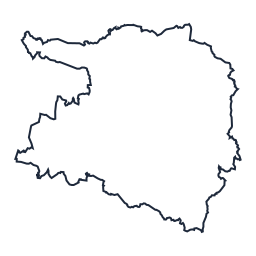 outline of Tlaltenango de Sánchez Román, Zacatecas, Mexico
{"feature_id": "50627088B31443203772787", "entity_name": "Tlaltenango de Sánchez Román", "entity_type": "district", "adm_level": 2, "iso_a3": "MEX", "parent_name": "Mexico", "parent_adm1": "Zacatecas", "projection": "robinson", "projection_center": [-103.236, 21.775], "detail": "fine", "context": "isolated", "style": "outline", "palette": "slate", "viewbox_px": 256, "rotation_deg": 0, "n_neighbors": 0, "source": "geoboundaries", "source_scale": "gbopen_adm2", "svg_char_len": 5684}
<svg xmlns="http://www.w3.org/2000/svg" viewBox="0 0 256 256"><path d="M21.8,40.1L23.8,43.7L26.0,46.1L25.9,47.1L27.8,49.7L28.0,52.0L28.6,52.0L29.0,53.0L30.3,53.2L31.8,56.5L32.7,56.8L33.0,58.6L34.6,57.0L35.1,55.4L37.3,53.0L37.2,52.3L39.9,52.4L39.2,54.5L39.6,56.0L41.9,58.2L44.3,58.3L45.5,56.5L47.5,57.5L48.3,58.6L50.3,59.9L55.1,60.7L56.0,61.8L58.0,62.3L59.8,62.0L77.1,68.7L79.6,68.7L81.9,67.5L84.4,67.6L86.6,68.4L87.1,69.1L87.1,70.3L88.2,72.0L88.3,74.5L89.8,76.1L89.3,78.7L90.1,79.3L90.1,81.7L90.8,85.0L87.8,85.1L87.7,87.5L89.1,88.0L89.7,90.5L89.6,92.0L88.6,94.4L87.2,93.4L84.1,94.1L83.2,93.6L79.4,94.6L78.4,95.5L77.8,98.5L78.8,98.8L78.7,99.7L78.2,100.4L78.7,103.0L78.4,104.4L74.5,102.6L73.7,98.7L73.2,98.0L72.8,98.7L72.8,100.7L70.7,103.5L69.4,103.9L68.8,103.0L67.3,105.1L65.7,105.5L64.9,103.6L66.3,101.3L66.1,100.5L62.3,99.5L60.3,96.5L57.8,96.4L57.4,100.2L56.3,102.1L56.0,103.8L55.2,111.5L55.3,118.8L53.8,119.3L50.4,118.2L46.1,114.8L44.8,115.0L40.3,113.8L40.1,117.1L39.4,118.9L38.9,122.0L31.4,125.5L31.0,126.6L28.9,137.4L31.5,143.6L32.7,148.1L31.4,147.3L29.5,148.7L27.7,148.2L25.2,152.1L23.4,151.7L24.4,150.1L20.3,152.8L19.4,152.5L19.1,151.2L18.2,150.5L15.4,158.9L16.7,158.9L16.7,161.6L21.0,161.9L26.6,163.6L28.8,163.7L30.6,162.8L33.5,165.0L36.4,165.8L37.7,166.6L39.3,171.1L38.9,172.5L38.4,172.9L38.6,173.9L38.1,173.5L38.1,174.2L37.0,174.7L37.0,175.5L38.3,175.7L38.6,176.3L37.6,177.3L37.7,177.9L40.1,178.2L41.4,176.1L43.9,175.2L46.8,172.2L48.1,169.6L48.5,170.8L48.5,173.9L50.2,176.7L51.6,178.0L57.3,174.1L58.2,173.0L59.4,172.7L60.3,173.0L60.9,171.9L63.5,172.1L63.7,173.8L65.4,176.0L66.5,180.5L69.5,184.4L71.7,185.0L73.7,185.0L78.6,182.5L78.3,181.8L79.5,179.2L80.8,179.3L80.8,179.8L86.5,180.6L86.5,178.2L87.4,175.6L86.1,174.6L85.9,173.7L87.0,172.9L88.0,174.3L89.2,174.4L89.1,175.8L91.1,176.0L93.1,175.6L97.7,178.4L100.7,179.8L102.2,179.9L104.1,181.2L103.5,182.1L102.9,185.2L103.9,185.7L103.1,186.7L103.4,191.0L105.7,191.9L106.1,192.5L106.5,192.2L108.6,194.2L110.7,194.7L111.0,193.9L114.4,195.0L117.6,194.2L124.7,202.9L126.7,204.0L127.3,204.8L127.2,205.4L128.4,206.9L130.4,207.5L131.8,206.8L133.1,207.3L134.3,206.2L136.7,205.8L137.5,206.7L139.1,207.0L139.8,206.5L140.4,204.2L142.3,204.3L143.7,203.4L145.2,203.6L146.5,204.8L148.4,205.1L155.3,209.8L156.4,209.8L159.0,211.2L160.2,212.4L160.4,213.8L161.8,215.3L162.7,217.2L164.1,218.6L164.2,219.4L165.8,219.6L166.3,219.3L166.9,218.1L169.7,217.5L171.0,218.3L171.5,220.2L173.5,219.8L174.1,220.9L174.9,221.0L176.9,220.1L178.1,220.1L178.2,219.6L179.5,218.6L180.7,220.3L180.0,223.3L181.5,224.0L182.9,223.0L183.7,224.2L184.7,227.8L184.2,230.1L185.2,230.7L187.2,231.4L190.3,229.7L192.4,229.4L194.1,229.9L194.3,228.5L196.6,228.1L201.0,230.2L201.8,231.9L202.8,231.5L202.7,229.2L203.4,226.8L203.4,223.0L206.0,216.7L206.5,213.8L208.0,212.5L207.2,210.9L207.6,209.3L207.3,206.8L207.7,206.1L206.8,204.6L206.4,201.6L208.9,198.7L209.3,197.5L210.9,196.8L211.9,195.3L214.6,195.4L214.9,194.3L216.4,193.8L216.1,193.3L216.5,192.8L218.4,192.3L219.9,191.1L224.4,185.2L224.6,180.7L225.3,180.5L223.2,178.2L222.3,178.0L221.0,178.8L220.4,177.7L219.0,177.0L218.4,175.7L218.5,174.1L220.1,172.1L218.7,167.9L219.0,166.4L220.0,167.8L220.5,167.5L221.0,169.3L222.8,169.4L225.3,171.3L227.5,171.6L228.8,170.8L229.6,170.9L231.0,168.5L231.5,168.3L234.9,169.3L235.1,166.9L233.3,164.1L233.8,162.9L234.2,157.7L235.1,156.8L235.5,158.6L236.5,158.4L237.6,159.3L239.0,159.1L239.8,160.1L240.6,159.7L239.5,156.1L237.1,152.9L237.7,152.0L237.2,151.5L239.1,149.0L238.2,147.8L237.4,147.5L237.2,146.7L238.0,145.7L237.8,145.1L236.0,143.4L235.9,142.9L236.6,142.1L236.0,141.3L236.0,140.3L235.5,139.9L234.3,140.1L233.3,138.6L232.5,138.5L232.0,136.6L229.7,138.0L230.0,136.5L227.6,133.8L229.1,132.4L228.8,131.6L229.5,129.9L231.6,127.5L232.0,126.1L231.6,117.2L230.6,114.8L231.4,110.4L230.7,107.3L230.9,103.9L231.6,101.4L231.3,100.2L230.5,99.2L231.2,97.7L230.7,96.8L231.9,95.4L233.3,95.2L235.6,91.2L237.8,89.1L236.8,88.8L235.9,87.2L234.8,86.6L235.3,85.4L234.5,84.4L234.5,83.0L234.2,83.0L234.1,82.0L234.6,81.4L234.0,80.0L233.6,79.8L232.9,80.2L232.0,78.9L229.3,78.0L228.2,75.9L228.7,75.2L229.9,74.9L230.4,72.7L231.4,71.5L233.5,70.4L232.3,68.9L230.5,68.4L230.3,64.6L229.3,63.0L225.4,62.4L220.6,58.8L217.5,58.3L214.8,56.8L214.3,55.9L214.4,54.7L212.6,53.2L212.5,52.2L211.7,51.5L210.8,47.9L211.0,46.4L207.2,44.8L204.5,42.9L203.6,43.7L202.4,43.7L199.2,43.1L195.0,41.3L193.8,40.2L192.8,40.9L189.8,40.1L191.2,29.4L190.8,26.9L189.1,24.1L188.2,24.7L185.2,24.8L184.1,25.6L183.7,26.8L182.4,27.8L180.8,27.8L180.0,27.0L178.3,27.9L177.2,26.1L176.4,25.8L173.7,28.0L166.3,29.4L164.4,30.7L161.1,33.9L157.4,35.5L155.5,33.2L152.0,30.7L150.1,31.9L147.2,30.2L145.9,30.1L143.9,30.3L141.8,31.4L141.4,30.8L141.9,29.5L141.0,28.6L141.2,26.9L140.8,26.7L137.5,26.3L133.3,24.8L133.1,25.1L127.3,25.0L125.3,25.4L124.5,25.0L123.8,25.8L121.1,26.4L120.5,27.6L119.4,28.1L118.9,27.9L119.1,28.4L118.7,28.8L118.0,28.5L117.0,29.1L116.9,28.8L116.4,29.0L115.4,28.3L115.5,27.2L113.9,28.2L112.6,30.0L111.5,30.2L110.8,31.0L110.5,29.2L110.0,29.2L109.8,29.9L109.0,29.9L108.4,30.8L109.2,33.4L110.0,33.6L109.9,34.4L109.1,34.3L107.3,35.2L105.5,37.2L105.3,38.0L104.6,38.3L103.1,37.5L102.7,38.5L101.7,38.5L101.3,39.2L100.0,39.2L97.5,42.7L96.3,43.2L95.0,42.7L93.2,43.5L90.4,42.6L89.4,43.6L88.3,43.2L87.8,42.5L88.0,41.9L87.4,41.3L85.5,41.3L84.7,41.6L84.1,42.6L85.0,44.6L83.9,45.5L79.6,43.3L67.8,43.1L57.9,39.0L50.7,39.7L50.1,40.5L49.3,40.6L48.0,40.1L47.1,41.9L44.0,42.9L43.0,43.9L41.8,40.2L41.2,40.1L40.5,38.3L39.3,38.1L39.0,39.0L38.5,39.0L37.6,38.6L37.2,39.7L36.2,39.8L35.8,38.9L33.5,38.1L32.1,36.2L30.5,36.0L28.4,31.8L27.0,31.7L25.0,33.4L25.7,34.7L24.8,35.1L25.0,36.9L23.5,37.8L23.5,39.2L21.8,40.1Z" fill="none" stroke="#1e293b" stroke-width="2"/></svg>